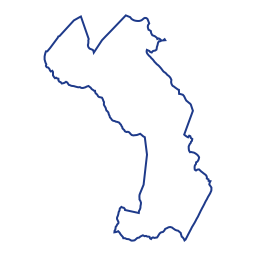 Esplanada, Bahia, Brazil (Robinson projection)
{"feature_id": "56859067B16416208694581", "entity_name": "Esplanada", "entity_type": "district", "adm_level": 2, "iso_a3": "BRA", "parent_name": "Brazil", "parent_adm1": "Bahia", "projection": "robinson", "projection_center": [-37.881, -11.95], "detail": "fine", "context": "isolated", "style": "outline", "palette": "blue", "viewbox_px": 256, "rotation_deg": 0, "n_neighbors": 0, "source": "geoboundaries", "source_scale": "gbopen_adm2", "svg_char_len": 4776}
<svg xmlns="http://www.w3.org/2000/svg" viewBox="0 0 256 256"><path d="M73.9,20.4L59.5,36.1L58.3,36.5L57.7,37.8L50.1,48.0L47.3,51.3L46.0,51.3L45.5,52.6L45.0,54.5L44.6,56.4L44.6,57.7L44.6,59.5L45.2,61.6L45.6,62.9L46.3,64.3L45.9,65.9L46.7,67.2L48.1,67.5L49.3,68.8L50.1,70.6L50.9,71.5L52.3,70.8L53.0,72.0L53.0,73.3L53.0,75.4L54.0,77.0L55.0,78.2L56.1,77.7L57.3,78.5L58.4,78.7L58.5,80.5L59.4,81.7L60.6,82.1L61.8,83.5L63.3,83.2L64.5,82.8L66.0,81.8L67.3,82.5L68.1,83.8L68.9,84.9L70.0,85.2L71.3,85.8L72.7,86.0L73.8,86.1L75.1,86.5L76.2,86.8L78.2,87.3L79.9,87.1L80.8,87.7L82.0,88.0L83.3,87.9L84.3,87.6L85.4,87.3L86.6,86.6L88.5,86.0L89.6,86.9L90.6,87.6L91.7,89.1L93.0,89.9L93.9,90.7L95.0,90.8L95.2,92.2L95.7,93.4L96.7,94.1L97.4,95.0L98.1,96.3L99.2,97.1L100.5,97.3L102.0,97.7L102.9,99.5L103.4,101.0L104.0,102.1L103.9,103.4L103.9,104.8L104.8,106.4L105.6,107.7L106.0,109.1L106.4,110.5L107.2,111.1L108.3,112.4L108.9,114.6L109.6,115.9L109.9,117.3L111.1,118.6L111.9,119.9L113.2,120.8L114.6,121.0L115.7,121.6L117.6,122.0L119.3,122.7L119.9,123.7L120.9,124.6L121.5,126.0L122.3,127.2L122.5,128.4L123.4,129.3L124.3,130.1L124.9,131.3L126.4,132.0L127.9,131.8L129.0,132.2L129.8,133.0L130.6,134.0L131.7,135.0L133.3,135.4L135.0,135.2L136.9,135.0L138.6,134.4L140.2,133.8L141.8,135.1L143.3,136.4L144.8,137.2L147.0,154.7L146.2,161.7L143.6,184.7L140.0,193.5L139.5,195.0L139.4,196.7L139.5,198.2L139.5,199.5L140.4,201.0L141.0,202.8L140.8,204.6L140.5,205.9L140.4,207.9L139.9,209.4L139.0,211.0L138.8,213.0L125.0,210.0L124.7,208.7L123.8,207.8L122.4,207.5L121.4,206.9L119.8,208.5L119.5,210.5L118.7,212.0L118.3,214.2L117.8,215.9L117.1,217.4L117.0,218.9L117.7,220.4L118.5,222.1L118.3,223.4L117.2,224.4L116.6,225.8L115.7,226.9L115.5,228.4L115.3,229.6L114.6,230.7L114.4,232.3L115.6,232.1L116.9,231.8L118.2,231.2L119.6,232.7L120.6,234.4L121.8,235.8L122.9,237.0L123.3,238.2L125.0,238.2L126.7,239.0L128.8,239.2L130.2,239.9L131.3,240.6L132.8,240.6L134.6,240.3L135.9,239.2L137.4,237.9L139.1,237.6L140.4,236.5L141.6,235.9L142.9,235.3L144.6,236.2L146.0,235.9L147.3,236.6L148.4,236.6L149.5,236.8L150.1,238.4L151.1,239.0L151.9,237.9L153.0,237.4L154.3,237.9L155.6,237.7L157.0,237.5L157.7,236.6L158.6,235.1L159.7,233.4L161.2,232.3L162.9,232.0L164.3,230.6L165.2,228.9L166.8,228.2L168.5,227.3L170.2,227.0L172.0,227.5L173.4,228.6L174.3,229.2L175.3,229.9L176.6,230.4L178.1,230.7L179.6,232.0L180.7,232.9L181.0,234.3L181.4,235.4L181.7,236.6L182.8,237.5L183.8,238.8L184.5,240.4L185.6,239.5L186.3,238.1L187.0,236.8L187.7,235.4L188.2,234.4L189.1,232.7L190.3,230.4L191.1,228.9L191.9,227.2L192.9,225.6L193.6,224.4L194.4,223.1L195.5,221.1L196.2,219.7L196.9,218.4L197.8,216.9L198.3,215.9L199.1,214.2L199.9,212.6L200.7,210.9L201.5,209.4L202.3,207.8L203.0,206.6L203.6,205.4L204.3,204.1L204.9,202.8L205.7,201.2L207.0,199.0L207.8,197.3L208.5,196.1L209.4,194.6L210.1,193.4L210.7,192.0L211.3,190.7L211.4,189.2L211.4,187.5L210.3,185.9L209.3,184.5L209.6,182.8L210.4,181.2L208.6,180.9L208.5,179.4L206.8,178.5L206.9,177.3L206.5,176.0L205.7,174.9L203.4,173.2L202.2,172.2L201.3,171.6L200.2,170.5L199.0,169.4L197.4,169.6L196.0,170.5L194.8,169.7L194.6,168.2L194.6,166.8L194.9,165.4L195.9,164.1L196.1,162.3L197.3,161.7L198.2,160.4L198.8,158.9L199.1,157.3L198.4,156.1L197.7,155.2L196.8,154.4L195.4,153.4L193.9,152.6L192.4,152.3L191.1,152.0L190.0,152.2L189.3,151.1L188.9,150.0L188.7,148.1L188.7,146.4L189.2,145.3L189.8,144.0L190.7,143.0L191.0,141.8L191.9,140.9L192.3,139.0L190.8,137.9L190.3,136.2L189.2,135.7L188.1,137.3L186.6,136.5L185.1,135.4L184.2,134.6L192.9,110.8L190.8,104.5L189.8,103.4L188.8,102.7L187.9,101.9L186.3,100.6L185.6,99.4L184.7,97.5L184.0,96.1L182.9,94.8L180.6,94.1L179.1,93.9L178.9,89.8L177.7,89.4L176.7,88.6L175.8,88.0L174.6,87.1L173.7,86.4L172.7,85.9L172.0,84.9L171.4,83.6L171.1,82.0L171.4,79.9L170.4,77.8L169.6,76.8L168.7,75.9L167.3,74.9L166.2,73.6L165.4,72.8L164.4,72.2L163.4,71.4L162.3,70.0L161.2,68.5L160.0,67.1L158.9,65.9L158.0,65.1L156.8,64.2L155.6,62.9L154.5,61.8L153.8,60.8L152.7,59.4L151.2,58.0L150.3,56.8L149.2,55.9L148.3,54.9L147.2,53.5L146.7,52.3L146.6,51.1L146.9,49.9L149.4,51.0L150.2,52.0L151.7,52.5L152.7,51.2L153.8,50.8L155.3,50.5L156.5,49.6L156.7,48.4L156.9,47.0L157.5,45.2L158.0,42.9L158.8,41.4L160.0,41.3L161.5,40.6L160.1,39.2L158.7,38.4L157.3,39.0L156.9,37.8L154.8,36.2L152.3,35.2L151.2,33.2L150.8,31.0L149.5,30.2L148.5,29.7L147.9,27.7L147.8,26.4L148.0,25.2L149.2,23.4L147.5,19.0L146.4,18.1L145.0,17.9L143.8,18.4L142.9,19.2L141.5,20.3L139.6,20.9L138.1,21.0L136.7,20.9L135.3,20.7L133.7,20.2L132.4,19.5L131.4,18.8L130.2,17.2L125.8,15.4L110.2,31.7L105.6,36.4L102.0,40.2L93.8,52.6L93.5,51.2L92.8,49.9L91.1,49.2L89.6,48.6L88.8,47.7L88.2,46.7L87.9,45.0L88.3,43.4L88.4,41.8L88.3,40.5L88.7,39.0L80.9,16.5L79.2,17.4L73.9,20.4ZM165.2,40.2L164.6,39.2L163.0,40.4L165.2,40.2Z" fill="none" stroke="#1e3a8a" stroke-width="2"/></svg>